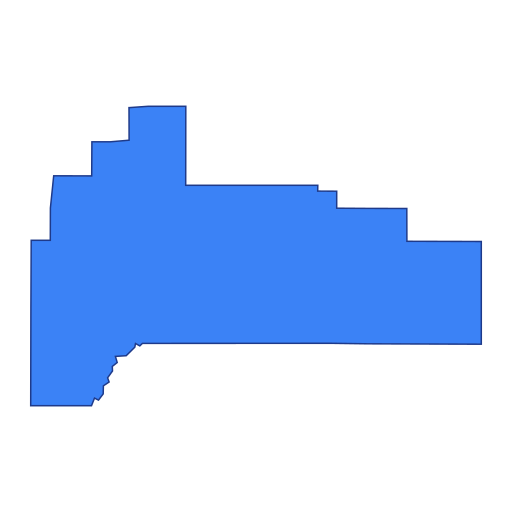 outline of Bingham, Idaho, United States of America
{"feature_id": "52423323B26236891190043", "entity_name": "Bingham", "entity_type": "district", "adm_level": 2, "iso_a3": "USA", "parent_name": "United States of America", "parent_adm1": "Idaho", "projection": "robinson", "projection_center": [-112.557, 43.245], "detail": "fine", "context": "isolated", "style": "filled", "palette": "blue", "viewbox_px": 512, "rotation_deg": 0, "n_neighbors": 0, "source": "geoboundaries", "source_scale": "gbopen_adm2", "svg_char_len": 636}
<svg xmlns="http://www.w3.org/2000/svg" viewBox="0 0 512 512"><path d="M30.9,308.5L30.7,405.7L91.5,405.7L94.5,398.1L98.5,400.1L103.2,393.9L103.4,385.8L109.1,382.0L107.6,377.8L112.5,371.0L112.3,366.4L117.2,362.5L115.4,356.4L126.2,355.7L134.8,347.2L135.5,343.5L139.8,345.9L142.4,343.4L330.9,343.3L367.7,343.8L481.3,344.2L481.3,241.5L406.9,241.3L406.8,208.5L367.7,208.4L336.7,208.2L336.7,191.2L317.7,191.1L317.8,185.3L185.7,185.3L185.8,106.3L148.0,106.3L129.7,107.6L129.0,107.6L129.1,140.2L110.3,141.8L91.9,141.8L91.7,175.9L53.7,175.8L50.4,208.0L50.3,240.3L31.2,240.3L30.9,308.5Z" fill="#3b82f6" stroke="#1e3a8a" stroke-width="1.5"/></svg>